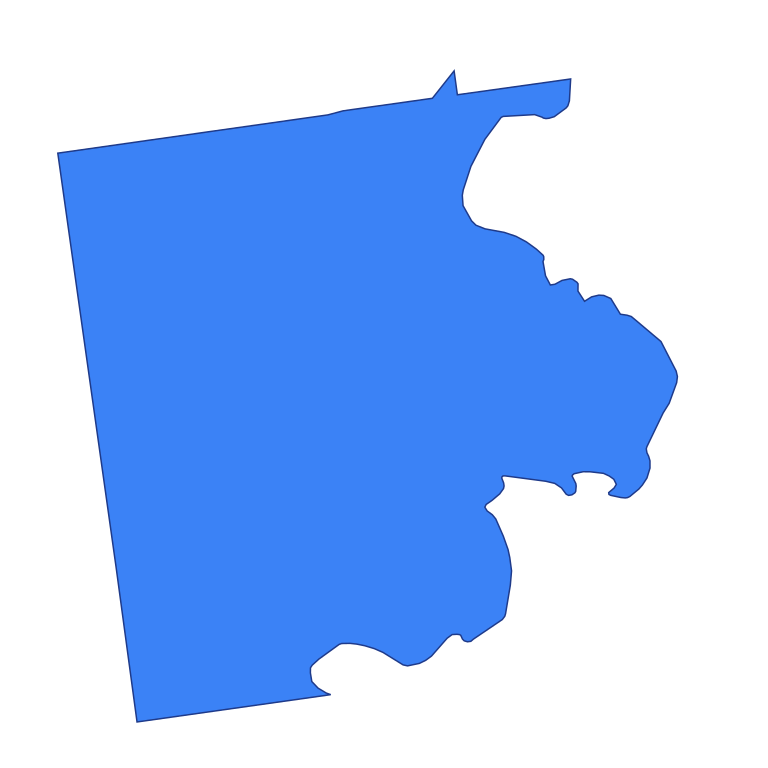 the district of Jefferson, Oklahoma, United States of America, rotated 262°
{"feature_id": "52423323B23820153669185", "entity_name": "Jefferson", "entity_type": "district", "adm_level": 2, "iso_a3": "USA", "parent_name": "United States of America", "parent_adm1": "Oklahoma", "projection": "equal_earth", "projection_center": [-97.897, 34.069], "detail": "fine", "context": "isolated", "style": "filled", "palette": "blue", "viewbox_px": 768, "rotation_deg": 262, "n_neighbors": 0, "source": "geoboundaries", "source_scale": "gbopen_adm2", "svg_char_len": 1961}
<svg xmlns="http://www.w3.org/2000/svg" viewBox="0 0 768 768"><g transform="rotate(262 384 384)"><path d="M83.7,92.4L83.8,288.0L86.0,283.8L92.0,276.4L99.4,271.1L108.2,270.9L113.2,271.7L115.6,273.8L120.7,281.3L132.4,303.4L132.9,306.0L131.9,314.2L130.2,320.9L127.5,328.5L123.3,337.6L118.3,345.7L103.2,363.8L101.6,368.1L102.4,380.2L104.6,386.9L108.0,393.2L123.5,411.2L126.4,416.6L126.0,421.4L125.3,424.0L124.5,425.0L120.5,426.2L118.5,427.7L117.1,430.8L117.1,434.2L118.9,437.0L134.3,468.4L137.2,471.3L139.6,472.4L167.2,481.1L181.2,484.3L194.6,484.4L202.8,483.8L216.6,481.0L234.8,475.9L239.4,473.1L243.9,468.5L248.0,466.7L250.5,468.4L253.8,474.9L259.1,483.3L263.8,487.8L266.3,488.7L269.4,488.7L274.5,487.5L275.6,487.9L276.4,489.1L276.2,491.0L265.2,530.6L261.8,539.3L256.4,545.3L249.5,549.1L248.0,551.3L248.1,554.7L249.7,557.9L251.0,558.9L256.2,560.1L258.7,560.1L266.6,557.5L267.6,558.0L268.7,559.8L269.4,569.0L268.4,575.8L265.0,588.9L261.5,594.3L257.7,598.3L252.3,600.1L249.0,597.4L245.2,591.4L243.3,591.4L242.2,593.0L238.6,602.8L237.6,607.1L237.6,609.3L238.4,611.8L244.3,621.4L244.3,621.5L248.0,625.8L254.3,631.3L263.7,635.7L270.9,636.7L275.6,636.0L279.3,634.8L283.3,634.7L285.3,635.6L316.5,656.4L325.2,663.7L344.6,674.0L350.5,675.6L356.2,675.1L387.5,664.2L416.4,638.3L418.3,634.3L420.2,627.8L437.1,620.5L441.1,614.0L442.1,609.1L441.4,601.7L438.0,594.1L449.0,589.0L456.2,590.1L457.9,589.2L461.5,585.3L462.3,583.1L461.8,574.7L459.0,567.2L458.9,562.5L468.7,559.0L483.1,558.5L485.1,559.6L487.9,559.9L489.3,559.5L496.3,553.7L504.8,544.9L511.9,535.2L517.4,524.2L523.6,505.6L528.4,497.2L533.4,493.4L549.6,487.1L559.9,487.8L565.2,489.5L587.5,500.4L612.2,517.9L631.7,537.1L632.4,539.3L629.8,570.7L626.2,577.7L625.2,578.8L624.3,581.3L624.2,584.4L625.0,589.8L632.1,602.9L633.9,604.8L638.6,607.0L660.1,611.3L660.2,496.9L684.3,497.0L660.2,471.7L660.2,381.5L658.3,365.9L658.2,246.8L658.0,93.1L240.2,93.2L83.7,92.4Z" fill="#3b82f6" stroke="#1e3a8a" stroke-width="1.5"/></g></svg>